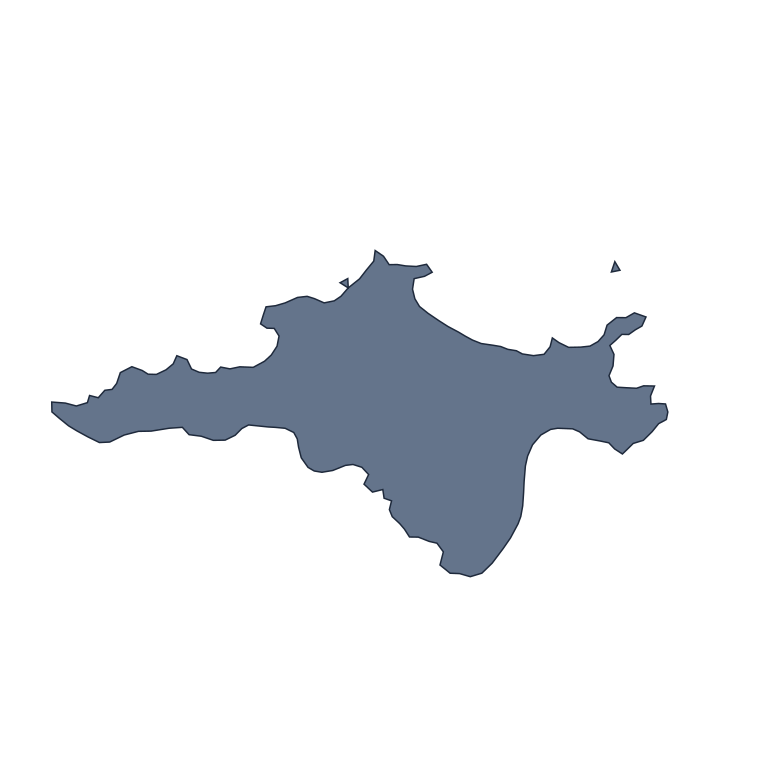 outline of Guarujá, São Paulo, Brazil, rotated 223°
{"feature_id": "56859067B97137242485272", "entity_name": "Guarujá", "entity_type": "district", "adm_level": 2, "iso_a3": "BRA", "parent_name": "Brazil", "parent_adm1": "São Paulo", "projection": "mercator", "projection_center": [-46.231, -23.954], "detail": "fine", "context": "isolated", "style": "filled", "palette": "slate", "viewbox_px": 768, "rotation_deg": 223, "n_neighbors": 0, "source": "geoboundaries", "source_scale": "gbopen_adm2", "svg_char_len": 2525}
<svg xmlns="http://www.w3.org/2000/svg" viewBox="0 0 768 768"><g transform="rotate(223 384 384)"><path d="M492.0,214.0L482.0,221.2L470.4,226.4L461.9,234.6L457.9,245.0L457.6,254.5L455.1,261.7L439.4,273.6L434.0,278.1L426.1,284.2L416.9,287.0L410.0,284.7L403.5,279.6L394.2,273.6L382.6,271.2L375.7,272.8L369.2,277.1L362.5,285.8L356.7,298.2L351.8,304.0L343.4,308.0L333.5,307.3L330.3,297.1L318.7,297.1L312.9,306.0L306.0,300.5L298.8,303.7L294.4,295.8L287.5,292.6L277.3,292.6L270.1,291.8L261.0,289.5L254.5,295.4L243.6,299.7L236.7,303.7L226.1,301.7L219.6,289.8L206.6,290.7L199.4,296.9L189.5,301.9L183.4,312.4L182.7,326.8L184.6,344.7L186.5,357.7L190.6,373.2L193.6,380.4L199.4,389.4L207.6,399.5L214.9,408.1L224.7,420.5L229.8,429.2L233.9,440.8L234.5,453.7L231.2,464.4L226.8,470.1L215.4,479.9L208.3,482.4L197.4,483.1L187.4,489.5L179.5,494.3L171.0,493.8L161.9,495.4L161.5,503.1L161.2,510.5L155.9,519.7L155.4,532.0L156.1,542.3L153.3,550.6L157.3,557.1L164.5,561.4L169.9,557.0L175.1,551.4L180.9,557.0L184.8,567.0L192.9,559.7L196.4,553.1L204.5,546.3L211.3,540.7L218.9,540.4L225.1,543.5L228.8,553.4L236.0,562.5L245.1,566.2L244.3,574.1L243.9,582.5L238.8,587.1L237.1,595.2L234.9,602.3L238.1,611.7L249.4,606.8L252.3,597.5L259.2,591.2L261.0,579.2L256.6,570.1L256.4,561.0L259.2,552.2L265.4,545.0L274.0,536.7L284.2,533.6L292.3,532.5L287.9,524.5L287.2,514.9L294.0,506.7L303.4,500.3L309.9,498.6L317.1,493.8L324.2,491.0L330.7,486.7L340.5,479.9L349.2,476.5L356.9,474.5L364.8,472.8L376.4,469.7L387.3,467.7L400.3,465.7L410.9,464.9L419.6,467.4L427.8,472.8L433.8,481.6L427.8,490.4L425.0,498.6L434.5,500.6L440.5,492.0L448.6,485.2L455.8,480.4L461.6,474.8L471.5,477.1L481.5,475.6L475.3,466.9L474.6,455.3L473.6,444.2L475.7,429.9L475.3,418.8L477.1,410.9L483.1,402.5L493.1,399.0L500.0,395.7L506.3,388.3L511.6,375.9L516.7,367.3L522.9,360.0L519.3,352.1L515.3,343.8L507.7,345.0L502.2,349.8L493.5,347.5L488.0,338.7L486.2,328.3L486.9,319.2L491.0,307.0L501.2,298.2L507.0,290.0L515.0,285.0L515.0,277.6L520.4,271.6L527.2,266.5L535.0,263.7L544.7,267.5L554.8,263.4L551.9,255.0L553.1,245.7L557.0,235.8L563.2,230.3L570.0,229.0L580.2,224.7L584.6,212.5L579.9,202.1L579.2,194.6L583.9,189.0L583.6,179.1L591.5,174.8L588.2,168.1L594.0,158.1L604.1,152.7L614.7,144.2L607.8,137.1L597.7,137.5L586.1,138.3L576.5,140.3L564.4,143.4L552.2,147.1L545.0,154.5L539.2,169.5L531.3,181.9L522.2,190.7L510.9,205.2L501.9,214.8L492.0,214.0ZM294.1,621.0L289.0,628.1L298.6,630.9L294.1,621.0ZM475.7,429.9L482.4,436.4L485.2,428.1L475.7,429.9Z" fill="#64748b" stroke="#1e293b" stroke-width="1.5"/></g></svg>